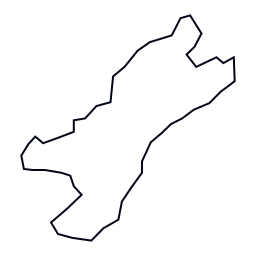 outline of Kapedes, Nicosia, Cyprus
{"feature_id": "46923920B21212315805199", "entity_name": "Kapedes", "entity_type": "district", "adm_level": 2, "iso_a3": "CYP", "parent_name": "Cyprus", "parent_adm1": "Nicosia", "projection": "equal_earth", "projection_center": [33.253, 34.968], "detail": "fine", "context": "isolated", "style": "outline", "palette": "ink", "viewbox_px": 256, "rotation_deg": 0, "n_neighbors": 0, "source": "geoboundaries", "source_scale": "gbopen_adm2", "svg_char_len": 701}
<svg xmlns="http://www.w3.org/2000/svg" viewBox="0 0 256 256"><path d="M234.7,81.2L233.8,57.3L223.4,63.1L216.4,57.3L196.2,66.9L186.6,54.5L194.5,46.8L201.5,33.5L190.1,15.4L180.5,18.2L171.7,35.4L149.9,42.1L137.6,50.7L124.5,66.9L113.1,76.4L110.5,102.2L96.5,106.0L85.1,118.4L73.8,120.3L73.8,131.8L58.9,137.5L43.1,143.2L35.3,136.6L28.3,144.2L21.3,155.6L23.9,169.0L32.6,170.0L44.9,170.0L61.5,172.8L70.3,175.7L73.8,186.2L81.6,194.8L67.6,208.2L51.0,222.5L58.0,234.0L72.0,237.8L91.3,240.6L103.5,228.2L118.4,219.6L121.9,201.5L131.5,187.2L142.0,172.8L142.0,161.4L150.8,142.3L162.1,132.7L170.9,124.1L182.2,118.4L193.6,109.8L209.4,103.1L220.7,91.7L234.7,81.2Z" fill="none" stroke="#020617" stroke-width="2"/></svg>